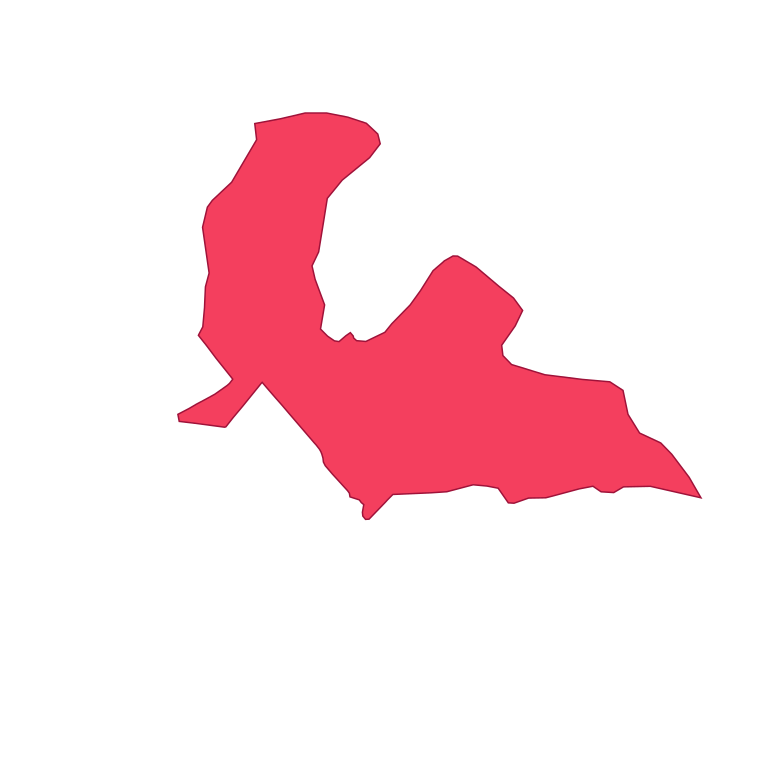 outline of Nioro, Kayes, Mali, rotated 232°
{"feature_id": "8926073B70352921020870", "entity_name": "Nioro", "entity_type": "district", "adm_level": 2, "iso_a3": "MLI", "parent_name": "Mali", "parent_adm1": "Kayes", "projection": "natural_earth1", "projection_center": [-9.59, 15.152], "detail": "fine", "context": "isolated", "style": "filled", "palette": "rose", "viewbox_px": 768, "rotation_deg": 232, "n_neighbors": 0, "source": "geoboundaries", "source_scale": "gbopen_adm2", "svg_char_len": 1862}
<svg xmlns="http://www.w3.org/2000/svg" viewBox="0 0 768 768"><g transform="rotate(232 384 384)"><path d="M231.8,568.4L246.7,563.3L265.5,543.1L292.3,516.4L320.8,496.5L333.2,495.2L342.1,500.6L349.0,523.2L356.6,538.5L372.0,539.0L390.7,534.6L419.5,528.6L439.4,520.8L442.4,517.2L443.9,507.4L443.7,505.3L443.1,492.5L435.1,470.2L430.2,453.3L426.7,427.3L424.2,416.5L428.7,395.9L435.0,389.1L438.9,388.4L440.8,389.3L445.2,389.1L445.5,383.8L445.1,374.7L448.5,371.5L456.4,369.0L466.4,367.8L482.9,385.9L509.0,394.2L521.4,400.0L528.3,413.8L549.2,436.4L565.2,453.6L570.4,476.6L571.2,512.0L575.6,528.9L584.8,533.0L600.3,530.6L616.5,519.8L632.9,505.6L646.1,488.7L656.7,465.8L668.8,442.5L654.9,434.0L636.8,388.2L634.4,361.8L632.1,353.7L624.2,343.8L619.2,337.5L579.1,314.5L570.5,303.1L558.0,292.4L554.7,289.6L540.6,276.4L537.1,268.7L536.6,267.7L523.4,267.8L507.5,267.5L499.5,267.6L491.2,267.7L481.0,267.8L480.8,267.5L480.7,267.3L480.7,267.0L479.6,262.7L479.4,259.5L480.1,244.5L481.8,233.9L483.7,223.2L483.7,222.8L484.7,215.4L485.8,209.4L487.0,202.9L480.6,199.6L471.0,209.3L448.1,231.8L447.6,233.0L450.0,242.8L450.5,244.9L453.5,259.0L460.1,287.6L460.3,289.0L458.2,289.1L453.5,289.3L439.6,290.0L434.8,290.3L429.5,290.6L419.7,291.0L380.4,292.8L377.8,293.0L376.1,293.0L374.6,293.0L373.2,293.0L372.4,293.0L369.6,292.6L366.9,291.8L363.2,290.3L359.8,288.2L355.8,287.4L344.7,287.9L343.4,288.0L322.4,289.6L319.3,289.5L316.0,287.7L307.9,293.2L304.5,293.1L301.4,293.8L296.2,288.0L293.0,286.0L288.7,286.1L286.7,289.0L290.0,312.4L290.5,315.2L291.5,323.0L269.3,354.1L260.4,367.2L249.7,392.2L240.2,402.3L231.6,409.8L213.8,408.8L210.0,413.1L205.1,427.7L194.7,441.5L191.9,447.9L181.2,473.2L174.8,485.7L165.4,488.7L157.0,498.2L155.5,509.4L139.4,530.9L99.2,563.7L122.6,567.0L151.4,567.5L167.1,565.8L188.0,555.2L209.9,557.6L231.8,568.4Z" fill="#f43f5e" stroke="#9f1239" stroke-width="1.5"/></g></svg>